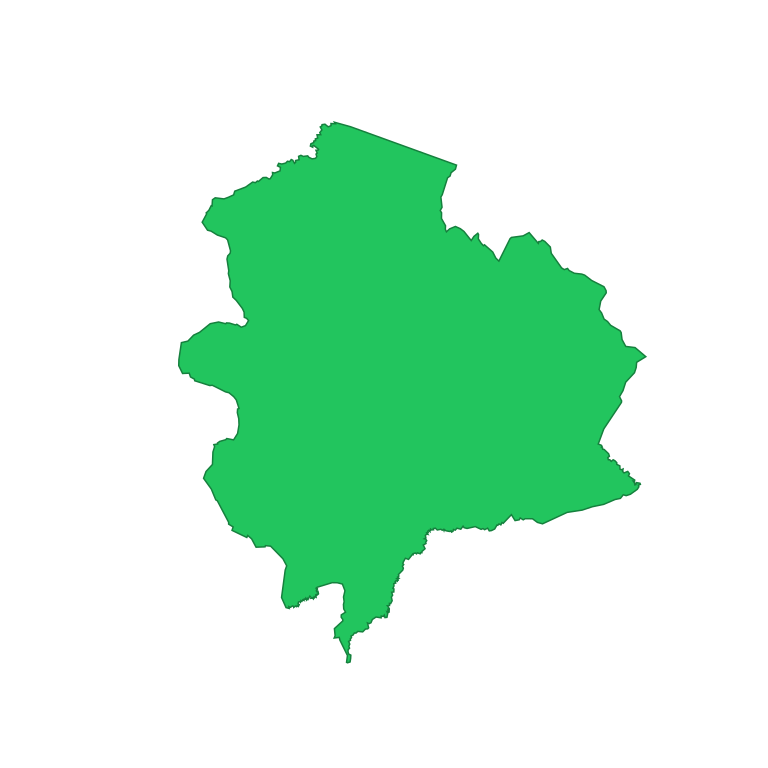 Lat Yao, Nakhon Sawan, Thailand (Natural Earth projection), rotated 316°
{"feature_id": "78962969B94323331085906", "entity_name": "Lat Yao", "entity_type": "district", "adm_level": 2, "iso_a3": "THA", "parent_name": "Thailand", "parent_adm1": "Nakhon Sawan", "projection": "natural_earth1", "projection_center": [99.741, 15.772], "detail": "fine", "context": "isolated", "style": "filled", "palette": "green", "viewbox_px": 768, "rotation_deg": 316, "n_neighbors": 0, "source": "geoboundaries", "source_scale": "gbopen_adm2", "svg_char_len": 6171}
<svg xmlns="http://www.w3.org/2000/svg" viewBox="0 0 768 768"><g transform="rotate(316 384 384)"><path d="M421.2,146.2L410.6,141.6L407.2,143.5L401.8,141.6L397.5,139.7L391.9,132.8L388.6,132.3L384.0,136.5L383.6,135.7L378.6,137.4L374.9,137.4L374.7,138.4L365.6,141.3L363.9,150.8L365.8,153.9L367.6,161.1L371.6,168.8L371.6,171.7L366.1,181.6L364.1,183.1L360.6,183.3L357.8,185.1L351.0,194.7L348.7,196.5L345.1,202.9L340.5,207.1L338.9,212.0L335.6,216.5L335.8,221.2L334.6,231.2L333.3,235.1L329.8,239.0L330.8,241.3L330.6,244.3L324.9,245.8L320.8,244.0L319.6,238.8L318.2,238.4L315.2,232.9L313.1,230.6L312.0,230.7L308.1,224.5L300.9,219.9L287.2,218.7L281.0,216.6L272.7,216.9L267.0,213.5L253.5,223.9L249.1,228.2L246.4,236.5L251.4,240.9L249.7,244.5L251.0,248.8L250.1,250.2L257.6,264.1L259.6,265.6L264.5,279.5L266.4,282.6L267.1,288.7L266.7,292.8L262.7,300.9L261.3,300.3L258.6,302.7L255.4,308.1L251.3,312.7L244.3,317.9L237.0,319.7L233.0,314.0L231.4,314.1L226.0,311.2L223.2,310.8L222.7,311.6L219.5,309.4L218.6,311.4L213.7,314.1L204.7,322.7L195.2,323.3L188.7,326.5L186.8,339.6L182.5,350.5L183.0,352.2L176.2,375.5L174.9,376.9L176.2,382.0L173.0,383.7L178.7,399.1L180.8,398.3L181.2,403.5L178.6,412.5L185.3,418.5L186.4,417.9L189.8,421.9L189.9,439.5L187.7,447.2L183.7,449.2L162.0,466.4L158.2,476.8L159.9,479.6L160.9,478.0L161.5,479.6L164.0,480.1L164.5,481.2L163.9,482.0L166.2,482.3L166.5,483.5L167.6,483.2L167.8,484.5L169.8,483.8L169.5,482.4L171.1,481.4L172.4,482.1L172.3,482.9L173.8,482.1L173.9,483.3L175.4,483.0L176.0,484.0L176.2,483.0L177.1,483.6L177.0,482.7L178.0,484.3L178.6,483.9L178.2,485.5L179.9,484.8L179.6,486.2L183.3,485.1L183.2,487.2L182.6,487.4L183.6,488.1L183.0,488.5L184.2,488.4L184.0,489.5L185.8,488.6L185.7,489.5L186.9,489.3L187.1,490.1L187.8,489.1L189.1,489.3L187.9,488.0L191.2,489.3L192.4,487.4L191.4,487.0L191.6,485.8L192.8,485.8L192.5,484.5L193.1,485.4L193.9,484.9L193.4,483.7L194.8,483.8L208.7,490.9L212.4,494.6L215.1,499.0L212.3,505.6L206.9,509.1L204.1,512.9L201.7,514.4L198.8,517.8L197.8,521.4L192.9,520.4L191.2,522.0L190.8,524.6L189.8,525.8L178.4,525.5L174.0,531.1L171.7,532.1L175.8,535.2L174.4,537.5L169.1,553.9L163.7,558.2L164.1,559.2L166.5,560.4L169.3,558.3L171.8,556.0L171.0,553.6L172.3,551.4L173.7,550.2L175.7,550.1L176.5,548.2L178.7,547.3L179.7,544.6L181.9,545.1L182.7,543.9L184.4,543.9L185.2,542.4L187.4,543.1L189.7,542.5L190.8,543.7L193.3,543.8L196.5,547.5L200.4,547.4L202.2,548.8L203.6,548.7L206.1,544.4L206.8,546.0L208.8,546.7L212.0,545.3L216.4,546.1L219.5,550.2L220.8,549.0L222.0,550.7L223.6,550.4L222.4,552.7L224.0,553.9L227.1,551.8L227.9,549.9L228.4,551.4L229.4,551.6L230.1,550.5L229.2,550.0L230.1,548.9L230.9,548.6L231.2,549.8L231.8,549.2L232.4,545.8L234.1,547.2L235.5,545.6L236.2,546.6L239.3,545.6L241.3,542.4L243.5,541.9L244.8,539.1L246.6,540.4L248.8,538.3L248.5,537.1L250.9,536.2L252.3,534.4L254.2,535.3L254.7,533.9L256.1,533.8L256.5,535.1L257.6,534.5L258.2,535.5L258.0,532.9L259.8,534.1L259.7,532.3L261.3,532.5L262.0,531.1L268.2,530.9L270.0,529.9L270.7,527.8L272.7,527.6L272.8,526.3L274.1,525.5L278.3,524.2L279.8,527.2L285.4,526.4L286.4,527.1L287.0,526.2L289.1,527.3L289.4,528.8L290.7,528.6L292.1,531.3L293.2,530.8L294.0,531.7L295.1,530.8L299.1,531.0L300.4,527.1L303.4,527.9L304.1,526.7L305.9,526.4L306.3,524.5L305.6,523.4L307.2,523.8L308.6,521.6L310.5,521.7L311.1,522.6L311.4,520.7L312.6,521.6L313.1,520.3L314.2,520.3L314.5,521.8L315.0,520.8L315.7,521.6L316.7,520.7L316.9,522.0L318.4,523.3L319.1,522.2L320.8,523.4L320.9,526.0L324.0,528.0L324.3,529.6L325.8,530.0L325.3,531.2L326.3,530.7L326.6,532.6L328.7,535.6L330.2,536.3L329.7,537.4L331.2,537.9L332.9,536.9L333.7,538.6L336.3,538.4L338.4,541.8L342.1,541.2L341.8,543.0L343.4,545.6L350.6,550.0L352.9,556.0L354.8,556.8L355.2,558.7L358.4,559.7L357.7,562.8L359.5,564.1L362.9,565.2L367.3,563.9L367.7,564.7L369.5,564.5L370.2,566.5L372.7,565.6L373.0,567.0L384.9,566.5L383.4,573.3L386.9,575.6L388.9,575.0L389.8,578.4L391.9,578.9L397.2,584.1L398.2,590.1L400.9,594.7L426.6,603.6L439.0,612.4L448.6,617.0L458.4,623.2L470.0,627.6L474.6,630.5L479.2,629.9L480.6,632.5L484.7,634.5L493.1,635.7L495.9,635.0L496.7,633.5L498.7,634.3L499.2,633.2L497.0,630.2L495.3,631.3L494.4,630.8L495.5,629.2L495.8,626.9L496.7,627.9L497.6,627.3L496.0,619.9L498.3,619.0L498.6,616.2L494.9,614.7L494.9,612.7L496.9,611.2L495.2,610.6L494.6,609.2L496.8,606.7L495.6,603.5L496.8,602.3L496.8,599.6L496.2,597.7L493.7,597.5L493.8,595.3L492.8,594.3L493.9,592.4L495.9,592.6L497.1,590.2L496.9,584.1L496.0,582.8L496.8,581.8L496.5,580.5L497.5,580.4L497.8,579.1L496.4,576.0L510.9,569.0L542.0,562.2L543.2,561.2L544.6,556.7L551.3,554.8L559.1,550.6L572.0,549.9L576.9,547.3L580.8,543.9L591.3,546.2L589.9,532.2L584.0,524.9L586.1,517.4L590.3,511.8L590.8,509.9L587.8,499.2L588.2,494.3L587.4,490.2L589.9,484.0L590.4,479.9L597.5,474.9L607.2,472.8L608.6,471.1L609.8,466.9L605.3,453.8L604.0,445.1L602.6,442.3L597.8,436.5L596.0,431.0L596.3,428.4L593.1,426.9L592.4,423.8L595.1,406.2L598.8,401.0L598.7,393.0L597.8,390.3L595.6,390.2L594.3,389.1L592.7,390.0L593.6,375.9L587.0,374.1L577.5,367.1L575.7,367.0L552.0,375.4L551.9,371.1L553.9,364.6L553.0,353.7L551.6,353.6L551.7,350.1L552.7,345.1L555.9,342.1L556.2,340.7L551.2,340.3L546.4,341.4L547.5,329.8L546.8,325.3L544.8,320.3L539.0,318.0L534.6,317.9L535.6,315.3L538.2,312.9L540.3,304.9L544.4,300.8L544.9,298.3L548.5,297.2L554.8,289.0L557.4,288.3L573.0,279.8L576.0,280.3L579.0,278.6L584.6,279.1L588.2,276.9L538.6,175.6L530.2,161.3L529.8,163.0L526.8,159.8L525.3,161.4L522.5,160.2L522.0,156.1L519.6,154.4L518.4,155.2L516.7,154.8L515.8,158.1L512.5,158.5L511.7,160.7L508.9,158.2L507.2,161.0L504.8,160.0L503.9,161.4L502.3,160.5L501.2,161.5L498.3,160.4L496.3,161.7L497.2,164.2L498.4,163.2L499.2,163.6L500.0,169.7L499.0,170.0L497.4,168.6L496.4,171.5L494.8,171.4L493.6,173.8L491.5,174.1L488.7,172.1L487.4,168.7L487.6,166.9L484.0,164.2L483.1,161.8L480.7,160.9L478.7,163.7L475.6,161.8L474.5,163.1L472.9,163.1L473.8,159.6L473.2,158.1L470.6,158.5L469.3,156.7L466.8,156.8L463.3,154.8L461.5,152.1L458.9,153.1L460.0,156.2L457.3,158.5L452.0,156.3L450.7,154.4L449.2,156.2L444.8,157.3L443.7,156.7L442.8,153.6L440.4,151.5L434.4,151.1L433.9,150.0L431.4,149.9L429.8,147.5L421.2,146.2Z" fill="#22c55e" stroke="#15803d" stroke-width="1.5"/></g></svg>